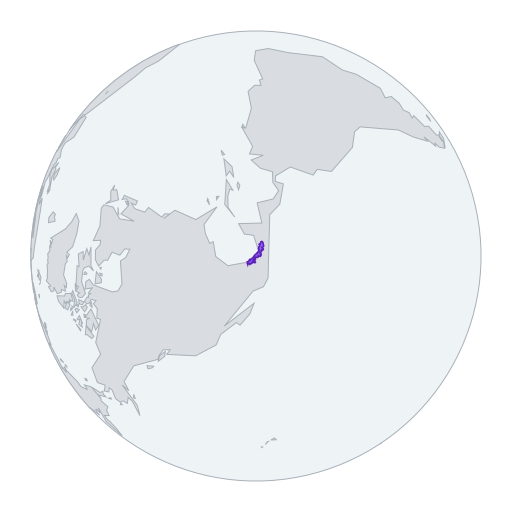 the Earth from above Veracruz, rotated 254°
{"feature_id": "MEX-2734", "entity_name": "Veracruz", "entity_type": "State", "adm_level": 1, "iso_a3": "MEX", "parent_name": "Mexico", "parent_adm1": "", "projection": "orthographic", "projection_center": [-96.92, 19.815], "detail": "fine", "context": "on_globe", "style": "filled", "palette": "violet", "viewbox_px": 512, "rotation_deg": 254, "n_neighbors": 0, "source": "natural_earth", "source_scale": "10m", "svg_char_len": 12707}
<svg xmlns="http://www.w3.org/2000/svg" viewBox="0 0 512 512"><g transform="rotate(254 256 256)"><circle cx="256" cy="256" r="225" fill="#eef3f6" stroke="#a8b0b8"/><path d="M41.1,323.5L41.6,325.1L41.1,323.5ZM327.6,296.9L322.4,295.1L317.7,302.2L299.3,293.2L291.9,280.6L231.5,261.5L224.4,254.7L223.1,243.5L197.3,206.1L211.1,241.1L202.1,234.2L193.9,221.6L197.4,218.7L190.3,200.4L181.5,193.2L176.7,170.5L186.0,143.1L189.6,147.6L191.4,141.1L187.1,135.3L183.7,133.2L184.1,108.2L171.8,94.6L161.6,96.6L168.8,91.8L145.3,100.7L134.5,100.4L150.5,97.1L155.2,94.1L149.8,91.7L153.4,88.3L152.9,85.3L157.6,81.7L166.6,80.8L169.9,78.6L165.9,77.1L168.1,73.0L173.5,75.4L178.0,68.7L193.8,67.5L204.3,79.5L217.0,78.1L238.0,89.1L240.0,85.9L249.2,88.9L254.9,86.6L257.2,90.0L259.8,85.3L256.6,82.7L256.7,80.0L259.7,78.6L263.2,82.4L262.2,83.6L264.8,84.1L265.2,86.7L266.7,84.6L270.5,89.8L271.3,82.7L278.2,85.3L279.5,89.4L273.3,91.4L261.1,107.9L260.5,113.8L265.9,119.4L288.6,124.3L290.4,130.3L297.3,136.6L299.0,131.8L294.3,125.3L299.3,118.7L292.8,112.2L293.9,108.9L289.7,101.9L296.9,100.6L306.0,103.3L309.9,109.3L314.0,110.9L315.6,103.8L327.8,114.2L344.7,120.5L347.1,123.9L342.5,132.1L329.2,135.2L323.1,148.5L333.7,137.8L339.6,147.5L343.3,148.5L346.8,147.2L347.2,142.9L350.6,146.1L341.5,157.2L338.2,154.4L341.1,150.7L334.9,152.5L328.8,161.2L332.3,166.1L319.4,176.1L321.7,179.9L320.2,184.6L317.4,177.6L322.3,190.7L307.6,208.2L314.0,232.0L300.6,214.7L291.5,213.5L280.8,215.0L281.7,218.8L266.5,217.2L254.4,226.3L252.5,245.7L259.8,259.9L276.5,259.4L280.3,250.9L291.9,248.2L286.1,270.7L306.8,271.8L306.1,288.2L312.5,295.8L322.2,292.5L332.5,295.1L338.9,284.7L349.6,277.9L350.8,290.8L355.9,277.9L362.4,283.0L383.1,278.0L381.8,281.4L399.3,292.3L416.5,293.8L420.5,301.7L418.7,308.0L424.2,307.7L424.3,311.3L444.6,308.2L453.4,312.2L452.1,324.8L442.6,343.0L429.2,374.8L410.9,390.4L403.0,402.5L383.0,421.7L372.4,423.8L372.1,429.9L363.5,435.7L355.6,437.9L351.5,442.8L345.5,444.2L347.5,446.3L334.0,453.8L333.3,457.6L322.5,462.8L322.2,464.7L319.5,465.1L315.7,466.4L314.1,467.6L307.6,467.0L310.1,462.1L315.6,458.9L312.1,459.0L324.2,450.3L319.1,452.5L327.1,439.9L337.8,427.8L351.4,391.8L348.4,385.1L333.8,378.6L316.5,351.8L322.4,338.7L318.0,333.3L332.1,313.5L327.6,296.9ZM73.8,224.8L75.0,219.5L76.1,223.5L73.8,224.8ZM74.4,216.0L74.3,217.8L74.2,216.2L74.4,216.0ZM73.5,214.5L74.2,215.6L73.2,214.9L73.5,214.5ZM72.1,213.2L72.9,213.7L72.8,213.9L72.1,213.2ZM314.2,240.2L337.7,248.6L325.6,251.9L327.6,249.4L321.4,245.4L310.3,242.5L299.3,246.3L314.2,240.2ZM70.5,209.7L70.2,208.6L71.1,208.6L70.5,209.7ZM321.9,225.7L317.9,225.3L321.7,224.7L321.9,225.7ZM181.7,133.0L186.6,135.7L189.2,142.5L184.7,140.6L181.7,133.0ZM177.3,121.2L180.6,121.0L178.2,127.3L177.1,125.4L177.3,121.2ZM153.5,99.2L156.8,100.4L152.4,100.6L153.5,99.2ZM151.9,85.6L149.9,86.5L150.5,84.7L151.9,85.6ZM286.1,103.2L287.9,102.6L287.8,104.2L286.1,103.2ZM282.6,100.9L281.2,103.2L279.3,102.5L280.2,101.1L282.6,100.9ZM158.3,77.6L160.0,74.7L159.8,77.4L158.3,77.6ZM284.9,98.3L276.2,101.0L272.9,99.8L273.7,93.6L284.9,98.3ZM161.9,72.9L165.7,66.6L161.4,67.8L175.7,61.5L167.7,68.6L168.3,71.5L165.3,71.1L161.9,72.9ZM254.3,82.6L257.8,85.2L252.0,84.4L254.3,82.6ZM250.6,82.8L232.7,85.6L229.1,81.4L235.8,81.1L228.7,77.3L235.7,73.8L241.2,75.2L242.1,78.4L244.1,74.7L250.6,82.8ZM183.0,59.3L185.3,57.9L184.6,59.3L183.0,59.3ZM256.2,78.9L253.0,79.6L249.6,75.9L255.5,73.9L254.7,75.7L256.2,78.9ZM223.5,78.1L222.0,75.4L227.2,71.7L227.4,70.2L235.6,73.4L223.5,78.1ZM257.0,75.8L258.6,73.0L263.0,73.5L259.2,77.9L257.0,75.8ZM246.2,76.0L244.8,74.2L247.5,74.5L246.2,76.0ZM279.5,74.6L275.6,75.1L273.5,73.2L279.5,74.6ZM258.9,71.9L257.4,71.8L256.1,71.2L258.0,69.6L258.9,71.9ZM238.7,70.8L241.2,70.0L235.6,69.3L239.3,66.9L244.1,69.6L243.6,67.4L244.7,66.7L247.4,69.8L238.7,70.8ZM256.2,66.3L263.5,69.5L271.1,68.7L273.2,70.3L260.6,71.3L256.2,66.3ZM250.8,68.0L254.6,67.3L255.2,69.4L253.0,71.3L250.8,68.0ZM240.1,64.4L233.2,67.4L232.4,66.7L240.1,64.4ZM258.2,65.6L256.4,64.9L258.7,65.3L258.2,65.6ZM245.5,64.2L243.2,65.2L242.3,64.4L245.5,64.2ZM254.7,62.8L257.1,63.7L255.7,64.9L254.7,62.8ZM250.4,63.1L249.8,61.8L253.7,64.7L249.5,63.6L250.4,63.1ZM245.1,63.3L243.8,63.2L246.2,63.0L245.1,63.3ZM258.7,58.1L264.0,61.6L260.9,64.0L256.1,60.2L258.7,58.1ZM317.2,468.7L307.5,467.6L313.6,468.0L320.8,465.3L324.7,466.5L317.2,468.7ZM337.2,461.0L343.8,458.5L344.5,458.8L340.1,460.6L337.2,461.0ZM404.3,86.4L403.7,85.9L408.5,90.2L408.9,90.5L413.5,94.9L411.0,92.9L418.0,101.5L436.1,124.3L438.3,129.9L436.1,130.9L420.5,113.8L417.2,103.4L411.7,98.2L404.6,94.8L404.2,92.2L400.9,89.9L398.9,86.3L388.5,77.3L385.3,73.8L373.9,67.0L370.7,64.5L378.4,69.1L382.0,70.8L373.2,63.7L369.3,61.4L362.6,57.8L361.1,56.8L355.7,54.3L347.0,50.0L353.1,53.5L345.3,50.4L336.1,46.6L334.7,46.5L349.7,52.9L354.7,55.1L357.2,55.8L371.8,63.6L376.4,66.9L365.3,61.9L370.6,66.4L359.6,61.5L325.8,45.5L315.5,41.2L313.8,38.5L320.4,40.3L324.3,41.9L327.5,42.4L324.0,41.4L322.7,40.8L315.0,38.7L313.7,38.2L308.5,37.2L306.0,36.5L309.4,37.1L295.8,34.3L290.2,33.3L305.9,36.3L321.3,40.4L336.4,45.5L351.0,51.7L365.2,59.0L378.9,67.2L391.9,76.3L404.3,86.4ZM287.2,32.9L286.3,32.8L285.7,32.7L282.1,32.2L287.2,32.9ZM278.0,31.8L276.7,31.8L270.9,31.6L268.3,31.2L270.0,31.2L269.8,31.1L278.0,31.8ZM268.2,31.1L268.4,31.1L265.7,31.2L264.5,30.9L264.8,31.0L262.6,31.0L257.9,30.8L258.8,31.2L238.6,33.8L227.6,34.5L228.8,33.4L211.8,37.1L200.7,39.1L202.9,39.1L196.2,41.7L199.5,41.1L200.0,41.3L184.4,49.7L178.6,51.9L174.3,56.8L175.4,57.0L179.4,55.5L175.7,61.5L161.4,67.8L159.7,67.0L151.9,72.1L149.0,69.9L143.1,70.8L144.5,66.3L139.6,68.1L137.1,70.0L128.7,74.3L120.0,77.8L138.0,66.4L153.3,62.7L148.0,63.0L152.5,60.7L152.6,59.6L148.6,60.5L146.1,61.9L156.5,54.1L155.1,54.6L170.3,47.7L185.9,41.9L202.0,37.3L218.3,33.9L234.9,31.7L251.5,30.8L268.2,31.1ZM480.4,235.6L480.6,241.3L478.9,237.0L470.1,215.8L467.4,201.8L461.8,189.4L438.8,131.1L439.5,128.8L428.4,111.0L438.9,124.5L448.4,138.8L456.7,153.7L463.9,169.3L469.9,185.4L474.7,201.9L478.2,218.6L480.4,235.6ZM453.2,155.8L455.4,159.7L453.2,155.8ZM383.7,277.7L386.3,279.6L383.1,280.5L383.7,277.7ZM324.5,257.5L329.2,257.2L331.9,258.9L328.4,260.0L324.5,257.5ZM362.2,251.5L367.3,251.7L362.3,253.8L362.2,251.5ZM341.2,249.5L358.2,251.9L348.5,257.6L337.7,256.3L344.8,254.0L341.2,249.5ZM321.0,233.7L324.1,234.3L323.6,236.8L321.0,233.7ZM324.6,225.3L323.5,225.7L321.8,223.9L324.6,225.3ZM340.1,146.8L341.0,146.1L344.8,145.6L343.7,147.6L340.1,146.8ZM358.0,134.1L363.1,139.7L358.7,136.9L358.1,140.4L347.9,139.4L347.8,125.6L349.7,131.8L358.0,134.1ZM334.4,135.1L340.8,136.7L333.8,135.5L334.4,135.1ZM384.8,82.6L386.6,82.4L391.1,85.7L395.1,91.9L388.6,87.0L384.8,82.6ZM388.1,81.5L376.0,75.8L373.0,72.3L376.7,75.1L376.0,73.4L381.8,77.5L390.9,80.4L395.4,83.7L400.3,92.3L396.2,87.4L394.7,87.7L388.1,81.5ZM350.1,73.3L344.8,72.4L345.2,65.7L350.1,67.5L354.4,73.3L351.1,74.7L350.1,73.3ZM288.0,87.5L285.9,88.7L284.9,87.5L285.9,85.5L288.0,87.5ZM277.9,75.0L296.0,81.4L294.5,83.0L306.9,85.7L307.9,91.0L299.8,88.9L309.8,95.4L303.0,95.7L310.2,99.9L292.2,94.7L286.5,95.7L292.5,92.4L291.8,87.4L289.7,85.5L279.6,81.3L266.8,81.7L264.0,77.3L265.4,74.1L268.1,73.4L269.1,76.3L271.9,73.2L275.3,77.0L277.9,75.0ZM283.7,48.1L283.7,50.4L290.0,47.6L293.4,50.1L293.9,49.7L298.9,51.4L305.7,52.9L306.4,54.3L308.8,54.4L312.1,55.8L315.5,56.4L318.0,59.3L322.5,60.4L321.1,61.2L328.1,62.5L324.0,62.9L327.9,65.2L329.8,63.6L334.6,80.4L339.7,88.2L346.3,94.9L338.4,95.5L327.1,90.0L315.5,82.3L311.7,75.1L308.8,77.0L306.1,74.3L309.5,73.9L302.6,72.9L301.3,70.7L290.9,65.8L281.8,66.5L277.8,65.0L280.7,63.6L274.7,63.2L277.5,59.7L274.7,58.7L274.6,54.6L281.9,53.1L278.2,52.1L278.0,49.4L283.7,48.1ZM259.0,56.9L266.8,53.7L272.6,53.8L270.3,61.0L272.4,62.4L271.2,67.7L262.8,67.7L264.0,66.1L263.1,64.6L266.1,65.2L263.1,63.6L264.5,61.5L262.6,59.9L265.7,59.2L259.0,56.9ZM420.3,102.1L418.8,100.4L423.4,105.2L424.4,106.5L420.3,102.1ZM414.1,95.7L418.4,100.0L416.7,98.4L414.1,95.7ZM376.6,67.6L374.6,66.0L375.9,66.6L378.8,68.5L376.6,67.6ZM302.9,42.6L302.0,43.3L300.5,42.9L294.6,43.4L291.6,41.9L293.9,41.0L302.9,42.6ZM298.7,41.0L296.6,41.3L296.4,40.4L298.7,41.0ZM289.1,40.9L288.1,39.8L290.5,41.8L289.1,40.9ZM269.8,32.6L281.4,33.2L287.7,33.5L288.1,33.2L292.5,34.3L282.7,33.8L269.8,32.6ZM242.7,33.4L242.4,34.4L239.3,34.3L238.9,34.1L242.7,33.4ZM244.9,33.7L250.7,34.4L248.4,35.2L244.2,34.5L244.9,33.7ZM275.1,36.3L278.7,36.5L278.8,37.1L275.1,36.3ZM41.1,323.6L41.6,325.2L41.4,324.4L41.1,323.6ZM183.4,57.9L185.1,57.9L182.6,58.8L183.4,57.9ZM202.1,41.0L202.3,41.5L199.4,42.2L202.1,41.0ZM201.4,43.5L204.6,42.3L202.4,43.7L201.4,43.5ZM211.5,39.6L206.4,41.8L209.7,39.6L211.5,39.6Z" fill="#d9dde1" stroke="#a8b0b8" stroke-width="1"/><path d="M252.9,246.3L252.9,246.9L252.9,247.0L253.5,248.1L253.9,248.5L254.2,248.7L254.2,248.8L254.5,249.0L254.5,249.3L254.4,249.7L254.2,250.0L254.2,250.3L254.1,250.0L254.0,249.6L254.3,249.5L254.3,249.4L254.4,249.2L253.9,248.8L253.9,248.7L253.7,248.5L253.5,248.3L253.4,248.2L253.3,247.8L253.2,247.7L252.9,247.0L253.1,247.6L253.1,248.1L253.2,248.3L253.3,248.7L253.3,248.8L253.6,249.4L253.8,249.5L253.9,249.4L253.9,249.7L253.9,249.8L254.1,250.3L254.2,250.5L254.5,251.1L255.0,252.1L255.1,252.3L255.2,252.7L255.6,253.3L255.9,253.5L256.0,253.7L256.4,254.1L256.7,254.4L256.8,254.6L257.0,254.9L257.3,255.2L257.5,255.5L257.7,255.8L257.9,256.3L257.9,256.6L258.1,257.1L258.2,257.3L258.3,257.4L258.2,257.5L258.3,257.9L258.4,258.0L258.8,258.3L259.0,258.3L259.1,258.7L259.2,258.9L259.3,258.9L259.5,259.0L259.6,259.4L259.8,259.7L260.0,259.8L260.3,260.0L260.1,259.9L259.9,259.9L259.7,259.7L259.6,259.8L259.9,259.9L259.9,260.0L260.1,260.2L259.9,260.1L259.9,260.3L260.0,260.3L260.2,260.2L260.3,260.2L260.7,260.3L261.0,260.5L261.0,260.4L260.9,260.3L260.6,260.3L260.4,260.1L260.7,260.2L261.0,260.3L261.3,260.3L262.4,260.3L263.0,260.7L263.1,260.9L263.9,261.0L264.0,261.1L264.2,261.6L264.6,262.0L264.7,262.3L264.9,262.4L265.2,262.5L265.5,262.5L265.6,262.4L266.1,262.3L266.4,262.2L266.4,262.4L266.5,262.4L266.6,262.6L266.6,262.8L266.7,263.0L266.6,263.5L266.8,263.6L267.0,263.7L267.1,263.8L267.2,264.0L267.3,264.0L267.5,264.1L267.9,264.3L268.0,264.5L268.4,264.7L268.4,264.8L268.3,265.3L268.5,265.5L268.4,265.7L268.3,265.8L267.4,266.4L263.4,266.2L263.2,265.8L263.3,265.8L263.3,265.7L263.2,265.6L262.9,265.5L262.2,264.7L262.3,264.6L262.5,264.2L262.4,264.2L262.3,264.3L262.2,264.2L262.0,264.4L261.9,264.4L261.8,264.5L261.6,264.5L261.4,264.7L261.1,264.9L261.0,265.0L260.9,265.0L260.7,265.0L260.3,265.0L260.2,264.9L259.8,264.1L259.8,263.8L260.1,263.5L260.2,263.3L260.3,263.1L260.1,262.8L260.0,262.7L259.6,262.5L259.1,262.5L258.9,262.6L258.8,262.4L258.7,262.4L258.5,262.0L258.4,261.8L258.2,261.7L257.9,261.0L257.8,260.9L257.3,260.8L257.2,260.7L257.1,260.9L257.1,261.0L257.0,261.3L256.7,261.5L256.5,261.3L256.5,261.1L256.4,261.0L255.8,261.1L255.6,261.3L255.5,261.2L255.4,261.2L255.3,260.9L255.2,260.7L254.9,260.5L254.7,260.5L254.5,260.3L254.4,260.1L254.5,260.0L254.6,259.8L254.7,259.7L254.9,259.6L254.7,258.8L254.7,258.7L254.9,258.5L255.1,258.4L255.3,258.5L255.4,258.4L255.5,258.4L255.8,258.1L255.7,258.0L255.4,258.0L255.1,257.9L254.9,257.9L254.7,257.6L254.4,257.6L254.2,257.5L254.2,257.4L254.4,257.4L254.5,257.4L254.5,257.2L254.4,257.1L254.3,256.9L254.3,256.7L254.5,256.5L254.6,256.3L254.6,256.0L254.6,255.7L254.8,255.4L255.1,255.0L255.2,254.8L255.1,254.7L254.8,254.6L254.6,254.5L254.3,254.3L254.2,254.3L253.9,254.5L253.7,254.8L253.5,254.7L253.4,254.5L253.2,254.6L253.1,254.3L252.9,254.2L252.9,253.9L252.9,253.7L253.0,253.5L253.2,253.4L253.3,253.6L253.6,253.3L253.6,253.2L253.3,252.9L253.1,252.9L253.1,252.7L253.0,252.2L252.8,252.1L252.6,252.1L252.4,252.0L252.4,252.3L252.2,252.5L252.2,253.0L252.0,253.4L251.9,253.2L252.0,253.0L252.0,252.9L251.9,252.8L251.9,252.7L251.7,252.5L251.3,253.0L250.8,253.5L250.7,253.5L250.6,253.4L250.6,253.5L250.4,253.8L250.2,253.8L250.1,253.6L249.9,253.4L250.1,253.2L250.1,252.9L250.4,252.6L250.5,252.5L250.5,252.3L250.3,252.4L250.2,252.3L250.3,252.2L250.5,252.2L250.4,251.9L250.5,251.8L251.1,252.0L251.2,251.7L251.4,251.3L251.5,251.2L251.4,250.9L251.3,250.7L251.1,250.8L251.1,250.5L251.0,250.4L251.0,250.5L250.9,250.6L250.7,250.7L250.4,250.4L250.2,250.3L250.2,250.2L250.4,249.9L250.2,249.7L250.1,249.3L249.8,249.1L249.7,248.9L249.8,248.8L249.8,248.7L250.0,248.6L250.1,248.4L250.2,248.5L250.2,248.4L250.3,248.3L250.4,248.2L250.1,248.0L250.0,247.8L250.1,247.7L249.9,247.6L250.1,247.5L250.3,247.5L250.4,247.4L250.4,247.5L250.5,247.2L250.8,246.8L250.8,246.6L250.8,246.4L250.7,246.3L249.8,245.7L250.2,245.7L250.4,245.7L250.5,245.7L250.6,245.8L250.7,245.7L250.8,245.8L251.0,245.8L251.0,245.6L251.4,245.5L251.5,245.7L251.7,245.9L252.2,246.0L252.4,246.1L252.5,246.2L252.4,246.3L252.6,246.5L252.9,246.3ZM253.3,248.2L253.5,248.4L253.4,248.4L253.2,248.1L253.2,247.9L253.3,248.0L253.3,248.2Z" fill="#8b5cf6" stroke="#5b21b6" stroke-width="1.5"/></g></svg>